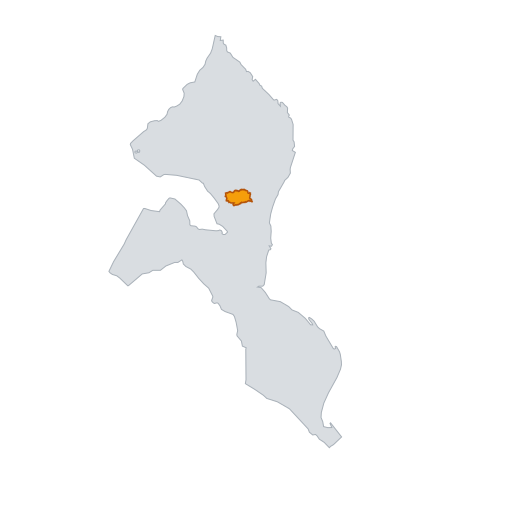 location of Lugela, Zambezia, Mozambique, rotated 319°
{"feature_id": "85939544B172449318268", "entity_name": "Lugela", "entity_type": "district", "adm_level": 2, "iso_a3": "MOZ", "parent_name": "Mozambique", "parent_adm1": "Zambezia", "projection": "orthographic", "projection_center": [36.652, -16.329], "detail": "fine", "context": "in_parent", "style": "filled", "palette": "amber", "viewbox_px": 512, "rotation_deg": 319, "n_neighbors": 0, "source": "geoboundaries", "source_scale": "gbopen_adm2", "svg_char_len": 7759}
<svg xmlns="http://www.w3.org/2000/svg" viewBox="0 0 512 512"><g transform="rotate(319 256 256)"><path d="M164.2,345.4L167.2,342.9L187.1,319.7L188.4,318.8L186.6,315.1L189.2,310.6L189.3,303.8L190.1,302.6L193.2,300.3L197.4,293.2L200.0,287.6L200.3,285.0L196.2,277.6L194.9,273.6L196.1,270.1L196.4,266.9L195.9,265.8L193.4,264.5L193.0,263.1L192.9,261.4L193.4,260.4L196.3,258.8L197.0,258.0L199.2,249.2L198.3,242.7L198.1,235.2L198.5,227.4L198.2,223.1L196.2,218.0L195.9,214.4L197.3,211.8L197.5,210.3L192.8,209.6L190.4,207.5L181.4,204.4L174.5,204.1L168.7,199.1L164.2,198.4L158.4,194.9L140.3,194.7L139.7,194.4L138.7,183.2L137.9,179.5L135.5,175.7L134.8,172.9L134.9,171.1L144.9,166.8L164.4,160.5L168.7,158.5L202.2,146.4L203.2,147.1L206.6,152.8L212.3,159.3L213.7,158.4L221.7,157.3L222.9,156.4L225.4,155.8L228.2,155.4L229.2,155.7L232.2,159.8L233.3,167.5L233.5,172.6L233.2,176.3L230.8,180.6L229.1,186.0L226.6,189.0L226.7,190.4L229.6,193.5L230.2,194.9L230.1,197.7L230.6,198.8L233.1,200.5L235.1,203.1L242.4,210.8L244.3,212.2L245.7,212.6L246.5,214.1L246.1,215.9L245.0,216.9L245.4,218.3L246.8,219.5L250.1,219.3L250.5,218.7L250.3,211.9L249.1,207.9L247.7,206.1L250.4,198.6L251.9,196.6L257.4,195.7L259.9,195.0L260.9,194.1L261.8,191.8L262.4,185.2L262.6,179.0L262.0,175.4L262.8,169.9L264.0,166.5L263.4,165.9L262.9,161.3L249.1,143.1L241.2,135.0L239.9,134.1L235.6,133.5L233.3,130.5L231.3,114.2L228.3,102.4L232.8,94.5L234.2,89.5L235.2,88.7L239.0,88.4L252.7,88.4L256.1,88.9L257.7,88.4L261.2,85.3L264.2,85.4L268.1,87.3L270.3,89.0L270.7,90.4L273.3,91.3L278.2,91.5L281.8,90.7L284.1,89.0L286.4,88.1L288.9,88.0L290.8,88.6L292.0,89.9L294.4,90.8L298.0,91.4L301.9,90.6L306.2,88.4L308.6,86.0L309.9,82.2L310.7,81.6L316.7,81.3L319.9,82.1L324.0,84.5L331.0,80.3L335.5,78.9L339.8,78.9L343.3,77.9L346.0,75.9L348.9,74.6L354.8,73.1L358.8,71.0L369.9,62.8L371.1,65.3L373.3,67.5L370.4,69.9L372.9,71.5L371.0,73.8L370.8,75.4L371.6,77.0L370.4,79.7L368.7,81.7L368.3,83.2L369.7,86.0L368.9,90.9L371.0,99.1L370.3,101.8L370.7,108.3L369.8,110.6L371.2,111.5L371.9,114.0L371.2,118.5L368.8,120.3L368.5,122.2L371.5,122.3L371.5,127.9L371.0,129.6L371.7,131.5L370.8,133.6L371.7,142.6L371.7,149.2L371.9,150.2L374.4,151.4L374.3,153.2L372.6,155.5L372.7,159.0L374.6,156.3L375.7,156.3L376.7,157.4L376.7,161.4L377.2,163.4L376.9,165.1L373.8,168.3L373.6,171.5L372.4,171.9L371.8,172.7L372.6,174.5L372.5,176.1L370.3,181.1L359.9,192.9L359.6,194.9L357.0,198.6L354.1,199.2L352.6,200.2L353.7,203.6L340.0,211.8L338.6,213.0L336.3,216.0L331.8,217.6L327.0,217.8L326.1,218.4L315.1,222.2L312.9,224.1L308.1,225.7L300.7,229.9L294.7,233.9L287.8,239.8L286.9,243.1L283.7,247.3L278.8,252.2L276.0,256.4L275.8,258.2L274.1,258.8L272.6,257.0L272.0,260.4L270.8,260.6L269.5,259.9L263.5,263.5L259.0,267.6L252.6,275.4L243.4,283.0L241.3,283.2L238.3,280.6L236.7,280.4L239.1,283.2L239.1,289.6L238.0,297.0L238.2,298.6L244.4,306.4L247.5,315.6L247.8,320.3L250.9,326.3L252.3,335.4L252.1,343.8L253.6,345.2L254.1,344.0L254.3,338.7L255.1,337.2L256.0,337.4L256.8,340.3L257.1,343.3L256.0,349.9L256.3,352.6L257.9,357.1L256.2,362.3L253.6,376.7L254.2,377.7L255.6,378.0L256.1,376.4L256.9,376.4L257.3,377.3L256.2,383.0L255.1,385.5L251.2,391.6L249.1,394.2L245.6,396.8L237.4,400.8L221.0,406.8L210.7,411.5L202.6,417.0L199.1,420.6L197.7,424.8L195.1,429.1L197.6,432.7L200.7,435.2L202.0,430.9L202.8,430.8L201.9,448.7L190.7,449.2L187.4,448.6L185.6,448.8L185.2,441.3L183.6,435.8L184.1,431.8L183.8,429.7L181.4,428.3L180.7,424.0L181.9,420.7L181.0,393.3L176.5,380.1L170.7,370.6L170.2,365.9L167.4,355.3L164.2,345.4ZM235.8,101.2L237.3,100.5L237.5,99.1L236.5,98.5L235.7,98.6L235.3,100.8L235.8,101.2ZM234.8,98.7L233.7,97.7L232.8,98.0L232.5,98.9L233.4,100.0L234.4,100.0L234.8,98.7Z" fill="#d9dde1" stroke="#a8b0b8" stroke-width="1"/><path d="M291.0,198.7L290.9,198.3L290.8,198.0L290.8,197.9L290.7,197.8L290.4,197.9L290.3,198.0L290.2,198.0L290.0,197.8L290.0,197.6L289.9,197.5L289.7,197.5L289.5,197.4L289.5,197.2L289.3,196.7L289.0,196.4L288.7,196.5L288.4,196.5L288.4,196.3L288.3,196.0L287.8,196.0L287.7,196.0L287.5,195.8L287.1,195.8L286.9,195.9L286.8,196.0L286.7,196.0L286.3,196.1L286.2,196.1L286.2,195.8L286.1,195.7L285.8,195.7L285.5,195.9L285.3,195.8L285.2,195.8L285.1,195.7L285.1,195.4L285.0,195.2L284.9,195.0L285.0,194.7L284.9,194.6L284.7,194.6L284.6,194.4L284.6,194.2L284.3,194.2L284.2,194.2L284.1,193.9L284.1,193.7L284.1,193.3L284.0,193.2L283.8,193.1L283.4,193.2L283.3,192.8L283.1,192.7L282.9,192.7L282.7,192.7L282.7,192.8L282.5,192.7L282.4,192.7L282.1,192.9L281.9,192.9L281.7,193.1L281.3,193.2L281.1,193.2L280.9,193.1L280.7,193.0L280.6,192.9L280.4,192.9L280.3,193.0L280.2,192.9L279.9,192.8L279.8,192.7L279.7,192.6L279.5,192.4L279.4,192.1L279.3,191.9L279.2,191.7L279.0,191.4L278.9,191.0L278.8,190.9L278.8,190.6L278.8,190.4L278.7,190.3L278.4,190.3L278.3,190.2L278.1,190.0L277.9,190.1L277.7,190.2L277.4,190.2L277.0,190.0L277.0,189.9L276.8,189.8L276.7,189.7L276.5,189.8L276.3,189.7L276.2,189.8L275.9,189.8L275.8,189.7L275.7,189.7L275.6,189.4L275.5,189.2L275.4,189.2L275.2,189.0L275.0,188.9L274.9,188.8L274.6,188.8L274.5,188.7L274.3,188.6L274.1,189.1L273.8,189.3L273.7,189.3L273.6,189.5L273.5,189.9L273.3,190.0L273.2,190.1L273.2,190.3L273.0,190.5L272.9,190.7L272.8,190.8L272.7,190.9L272.6,191.0L272.5,191.3L272.4,191.3L272.5,191.4L272.4,191.5L272.3,191.4L272.3,191.5L272.3,191.8L272.2,192.1L272.2,192.3L272.0,192.5L271.9,192.8L272.0,192.9L272.0,193.0L271.9,193.2L271.7,193.4L271.7,193.5L271.4,193.7L271.2,193.8L270.7,194.0L270.6,194.4L270.4,194.4L270.2,194.5L269.9,194.7L269.8,194.8L269.9,195.0L270.0,195.2L270.2,195.3L270.3,195.5L270.6,195.6L270.9,195.7L271.0,195.7L271.2,195.8L271.3,196.0L271.3,196.5L271.2,196.6L270.9,196.7L270.9,196.8L270.8,197.1L270.9,197.3L271.0,197.4L270.9,197.6L271.1,197.6L271.2,197.8L271.3,198.1L271.3,198.3L271.6,198.5L271.7,199.0L271.8,199.4L272.0,199.6L272.7,200.3L273.0,200.5L273.5,200.8L273.6,201.0L274.2,201.6L273.8,201.7L273.6,201.8L273.1,201.9L273.2,202.0L272.7,202.4L272.3,202.7L272.2,203.0L272.2,203.3L272.4,203.5L272.7,203.7L272.8,203.7L273.9,203.9L274.0,204.0L274.2,204.3L274.4,204.2L274.5,204.4L274.6,204.5L274.8,204.7L275.0,204.7L275.0,204.8L275.3,204.9L275.5,205.2L275.8,205.1L276.1,205.3L276.2,205.6L276.4,205.6L276.5,205.7L276.8,205.7L276.9,205.8L277.2,205.8L277.5,205.9L277.9,205.7L278.0,205.8L278.0,206.0L277.9,206.0L278.4,206.0L278.6,206.1L278.8,206.1L279.0,206.2L279.0,206.3L279.3,206.2L279.4,205.9L279.7,206.1L280.0,206.3L280.3,206.3L280.4,206.2L280.7,206.7L280.8,206.7L280.9,206.9L281.1,207.0L281.5,207.2L281.8,207.3L282.0,207.7L282.4,207.7L282.5,207.7L282.6,207.8L282.6,208.0L282.8,208.3L283.0,208.2L283.4,208.2L283.6,208.2L283.6,208.3L283.8,208.7L283.9,208.9L284.3,208.9L284.6,209.0L284.8,209.1L285.1,209.0L285.4,209.0L285.5,209.1L285.7,209.3L285.8,209.4L286.0,209.4L286.4,209.4L286.5,209.3L287.1,209.5L287.4,209.8L287.6,210.1L287.3,210.7L287.3,210.8L287.6,210.9L287.9,210.9L288.1,211.0L288.3,211.4L288.5,211.6L288.4,211.8L288.4,212.0L288.5,212.4L288.8,212.3L288.7,212.1L288.7,211.9L288.8,211.8L288.9,211.7L289.0,211.5L289.1,211.4L289.1,211.1L289.4,211.0L289.5,210.8L289.5,210.6L289.6,210.4L289.5,210.0L289.6,209.7L289.5,209.4L289.3,209.4L289.2,209.2L289.1,208.9L289.1,208.7L289.2,208.4L289.3,208.0L289.7,207.7L289.9,207.5L290.1,207.5L290.4,207.2L290.6,207.1L291.0,206.5L291.1,206.4L291.6,206.2L291.9,206.1L292.0,206.0L292.1,205.8L292.2,205.6L292.4,205.5L292.5,205.5L292.5,205.3L292.4,205.1L292.5,205.0L292.4,204.9L292.5,204.8L292.5,204.7L292.8,204.6L292.7,204.5L292.7,204.3L292.7,204.2L292.4,204.3L292.3,204.2L292.0,204.0L291.7,203.9L291.5,203.7L291.4,203.6L291.3,203.4L291.3,203.2L291.4,202.8L291.5,202.7L291.8,202.4L292.0,202.1L292.2,201.5L292.2,201.3L292.2,201.1L291.9,200.8L291.8,200.4L291.5,200.1L291.4,199.6L291.1,199.6L290.9,199.5L290.9,199.3L291.0,199.0L291.0,198.7Z" fill="#f59e0b" stroke="#b45309" stroke-width="1.5"/></g></svg>